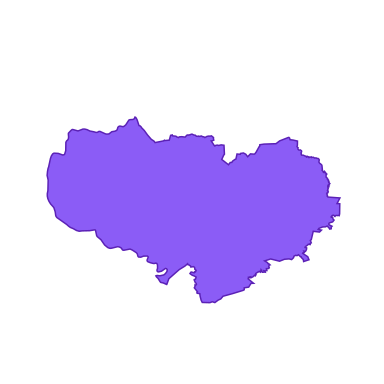 the district of Coahuayutla de José María Izazaga, Guerrero, Mexico, rotated 298°
{"feature_id": "50627088B68118257032926", "entity_name": "Coahuayutla de José María Izazaga", "entity_type": "district", "adm_level": 2, "iso_a3": "MEX", "parent_name": "Mexico", "parent_adm1": "Guerrero", "projection": "equal_earth", "projection_center": [-101.625, 18.294], "detail": "fine", "context": "isolated", "style": "filled", "palette": "violet", "viewbox_px": 384, "rotation_deg": 298, "n_neighbors": 0, "source": "geoboundaries", "source_scale": "gbopen_adm2", "svg_char_len": 6094}
<svg xmlns="http://www.w3.org/2000/svg" viewBox="0 0 384 384"><g transform="rotate(298 192 192)"><path d="M231.4,106.5L229.7,106.6L228.9,106.3L228.3,105.8L226.7,103.2L225.9,102.5L220.2,102.0L218.4,101.3L217.3,100.5L216.4,97.4L215.3,96.4L214.2,96.2L211.9,96.7L210.7,96.3L209.5,95.4L207.6,92.9L204.3,91.4L203.1,89.6L202.7,88.3L202.3,82.3L201.8,81.4L200.1,80.3L199.5,79.1L199.1,77.1L197.9,73.2L197.8,70.1L197.2,67.7L196.4,66.2L192.4,62.7L191.2,57.3L190.8,56.8L189.3,56.2L186.0,55.3L185.3,55.5L182.5,57.3L180.7,57.9L179.5,57.8L178.3,57.3L176.7,57.3L169.2,61.1L165.5,61.8L164.8,61.5L164.0,60.5L163.3,55.8L161.5,51.9L160.2,51.1L157.7,50.9L155.1,51.3L146.6,53.7L145.4,53.8L142.2,54.8L138.6,56.3L135.0,59.4L125.6,64.1L122.6,65.0L120.4,66.2L118.5,67.8L116.7,70.0L115.1,72.7L113.4,77.3L110.3,80.5L107.4,82.6L106.7,83.3L106.0,84.7L104.5,96.6L103.9,99.0L103.6,101.2L103.9,104.4L103.8,108.1L104.4,110.8L106.2,113.4L109.8,119.8L113.0,124.0L113.0,124.6L112.5,125.1L108.6,128.4L108.1,129.4L107.1,134.1L104.2,139.7L103.4,143.7L103.6,145.4L104.0,146.5L104.9,147.7L108.8,152.0L109.3,153.5L109.4,155.2L109.2,156.0L108.2,157.9L108.5,159.1L112.5,164.0L112.6,164.6L112.7,166.7L112.3,171.2L111.8,172.6L109.8,174.5L109.5,175.3L110.4,177.4L112.7,179.4L114.5,182.7L114.4,183.3L114.0,183.9L110.7,184.3L110.0,184.9L109.7,185.7L110.0,188.4L110.7,191.3L111.1,192.2L112.2,193.4L112.4,194.5L111.5,195.7L108.5,197.4L107.0,197.6L106.0,198.1L105.7,198.5L105.5,199.2L105.8,200.1L107.8,202.3L112.0,204.4L112.3,205.5L111.8,206.6L110.0,207.2L107.4,206.8L105.5,206.0L102.9,202.9L101.9,200.3L101.0,199.5L100.4,200.4L99.8,202.6L97.9,205.8L97.5,206.8L98.2,209.4L98.4,212.5L98.6,212.4L98.7,213.1L104.6,212.3L117.4,217.1L123.4,220.6L126.6,221.8L125.9,222.5L126.2,223.8L126.0,224.6L126.0,225.4L125.2,226.2L126.8,228.4L126.8,228.8L126.5,229.7L126.0,230.3L125.2,230.6L124.8,232.4L123.6,232.4L123.3,232.1L123.2,232.5L121.7,231.8L121.1,229.1L120.6,228.6L119.0,228.5L118.6,231.2L118.9,233.4L118.8,235.6L116.6,236.0L115.9,235.1L115.5,235.1L113.6,237.4L113.3,238.6L112.5,239.3L111.3,239.0L111.4,238.3L109.5,239.1L108.5,239.0L106.5,243.6L105.8,243.4L105.0,244.1L105.9,246.6L103.9,248.0L100.8,250.8L99.3,252.9L102.7,259.8L104.6,261.4L105.1,264.1L108.9,265.9L111.1,267.6L114.5,268.3L121.4,275.6L129.1,283.3L130.2,284.0L131.9,283.1L134.6,286.7L139.0,287.0L140.3,289.2L141.8,281.7L141.9,282.2L142.2,282.4L143.1,281.9L143.3,282.7L143.9,282.6L144.7,283.6L143.8,284.0L144.0,284.4L145.9,285.7L147.5,286.2L147.7,287.2L148.6,286.8L148.7,287.3L149.0,287.4L149.9,286.6L150.3,286.7L152.4,287.9L152.8,288.5L153.5,288.6L153.4,290.1L155.7,289.5L155.1,290.5L154.4,291.1L154.2,291.9L154.6,292.6L155.1,293.0L155.5,294.1L156.3,292.6L156.7,294.1L157.7,294.5L157.8,295.0L158.1,294.9L158.3,294.3L158.6,294.3L159.3,293.7L160.5,295.7L160.9,295.7L160.9,296.2L161.2,295.6L161.6,295.6L161.7,295.2L162.2,295.0L162.3,294.7L163.7,294.5L164.3,295.1L164.7,293.4L164.4,293.3L164.4,292.9L165.1,291.6L165.3,288.5L169.8,292.9L172.0,301.8L176.0,305.2L178.5,309.1L179.1,311.7L181.6,312.5L183.3,312.2L184.8,313.3L185.1,314.6L186.6,315.5L185.8,318.0L186.0,318.9L185.5,319.2L184.6,322.0L183.0,323.2L187.1,327.1L189.2,324.6L189.8,318.5L190.3,318.5L191.0,319.3L191.6,319.6L192.3,318.6L192.6,319.5L193.0,320.1L194.9,320.1L196.5,319.5L196.5,319.2L196.1,317.9L196.3,317.7L196.8,318.2L197.8,318.1L199.6,319.1L200.3,319.1L200.8,319.8L201.0,321.0L201.3,321.0L201.9,320.5L203.1,321.2L204.8,319.2L205.9,319.7L214.2,317.5L216.5,323.4L219.1,324.2L218.2,321.0L219.4,321.1L222.5,323.8L223.9,326.2L225.4,327.3L224.7,329.6L223.9,331.0L224.9,332.2L226.3,331.4L227.5,331.7L227.4,328.2L228.6,327.6L229.5,328.1L231.6,330.2L233.9,330.6L234.3,329.3L235.2,328.4L235.6,328.2L235.7,327.7L235.0,326.9L235.4,326.5L237.0,326.8L237.8,327.5L238.0,328.4L237.5,329.3L237.5,329.7L238.4,329.8L239.0,330.2L239.5,331.6L239.9,331.9L240.2,333.1L242.0,332.6L251.0,328.0L249.9,325.5L256.2,325.4L251.4,314.5L251.9,313.2L252.6,313.2L253.7,311.8L254.8,312.2L255.0,311.9L255.3,312.3L256.2,312.2L256.7,311.0L257.5,311.2L257.9,310.7L259.1,310.6L259.2,310.2L260.2,309.6L260.6,310.4L261.2,310.3L261.6,309.6L261.3,309.6L261.3,309.1L261.8,308.9L262.6,309.8L262.9,309.4L264.1,309.8L264.6,308.2L265.0,308.0L265.3,308.2L265.8,307.0L266.5,307.1L266.9,306.1L266.9,305.5L267.6,305.3L268.1,303.4L270.0,302.4L271.1,302.6L271.2,302.1L270.5,302.1L271.5,301.4L272.5,299.2L272.1,299.1L271.8,299.5L271.2,299.6L271.1,299.3L271.1,298.7L271.9,297.8L272.1,296.9L272.3,296.6L273.0,296.6L276.4,294.3L276.8,293.8L277.2,292.3L277.2,291.6L277.7,290.4L278.2,289.9L280.1,289.3L280.7,288.3L280.8,287.5L280.3,286.6L280.4,285.7L279.5,284.1L279.7,283.0L278.9,281.6L279.0,281.1L278.5,281.1L278.4,279.8L277.8,279.5L277.8,278.9L277.4,278.9L277.7,278.0L277.5,277.7L277.6,277.0L277.0,276.9L277.1,276.6L276.7,276.5L277.0,275.4L276.8,274.5L276.8,273.1L276.0,271.4L276.2,271.0L277.2,270.5L277.6,269.9L279.0,269.9L279.8,269.3L280.0,267.9L279.3,267.0L279.3,266.2L279.7,265.3L281.0,264.8L281.0,264.2L281.4,263.4L282.8,263.1L286.5,261.2L285.3,256.8L284.2,254.0L285.4,252.9L285.7,251.9L285.3,251.4L278.3,245.4L274.1,243.5L268.1,233.1L265.6,229.7L263.9,230.3L263.5,230.0L257.2,229.9L255.0,229.5L254.6,229.1L253.1,225.7L249.3,224.6L250.6,221.7L250.6,219.1L248.8,216.7L247.9,216.9L246.7,213.9L241.7,215.3L240.9,214.6L238.5,213.4L236.8,213.2L236.0,211.9L233.2,211.4L234.7,203.0L239.2,202.7L240.6,202.9L248.3,198.3L247.3,195.6L245.6,193.7L245.4,192.6L244.5,191.2L243.7,190.8L243.3,190.2L246.1,185.0L246.9,186.0L248.0,186.9L249.2,185.9L250.2,185.4L250.7,182.8L249.7,181.6L249.3,180.6L248.1,179.1L246.1,177.8L246.3,176.5L245.9,175.9L245.8,173.8L244.7,172.8L244.5,171.6L244.0,171.4L243.7,170.4L243.3,169.7L243.7,168.2L243.2,167.0L243.1,164.8L242.2,163.8L241.4,163.3L241.1,162.6L240.5,162.1L240.1,161.0L238.8,160.5L237.5,160.3L237.2,160.0L236.0,156.9L234.7,154.9L233.7,154.5L233.5,153.1L233.7,151.6L232.4,148.3L233.1,147.8L232.0,146.5L227.1,147.6L224.5,143.6L224.7,143.3L223.7,142.8L218.3,136.2L219.1,134.5L219.4,131.3L221.5,125.9L223.9,121.0L225.1,117.3L225.7,116.3L226.0,115.1L225.8,114.0L230.1,109.5L231.4,107.4L231.4,106.5Z" fill="#8b5cf6" stroke="#5b21b6" stroke-width="1.5"/></g></svg>